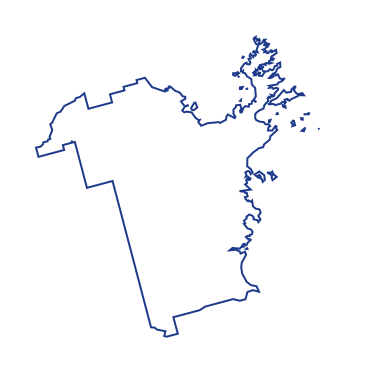 West Arnhem, Northern Territory, Australia (Natural Earth projection), rotated 75°
{"feature_id": "25037944B28082311396997", "entity_name": "West Arnhem", "entity_type": "district", "adm_level": 2, "iso_a3": "AUS", "parent_name": "Australia", "parent_adm1": "Northern Territory", "projection": "natural_earth1", "projection_center": [132.77, -12.357], "detail": "fine", "context": "isolated", "style": "outline", "palette": "blue", "viewbox_px": 384, "rotation_deg": 75, "n_neighbors": 0, "source": "geoboundaries", "source_scale": "gbopen_adm2", "svg_char_len": 5819}
<svg xmlns="http://www.w3.org/2000/svg" viewBox="0 0 384 384"><g transform="rotate(75 192 192)"><path d="M305.7,153.1L299.8,154.0L297.2,159.2L292.8,162.5L283.9,164.6L277.6,164.0L272.9,162.1L266.7,156.0L263.4,156.2L264.0,161.0L261.9,161.2L259.0,164.9L258.1,170.7L256.5,167.3L259.1,160.5L258.0,159.1L258.1,157.1L257.4,157.9L255.6,156.2L255.7,154.6L257.1,155.0L257.6,153.4L254.3,150.0L254.0,148.1L253.1,147.7L251.5,150.4L249.4,151.6L248.8,149.7L249.6,147.8L248.4,147.3L248.4,145.2L246.3,143.8L243.6,144.6L241.5,147.8L236.2,150.1L236.0,148.7L233.3,149.3L231.6,146.0L229.9,145.8L228.6,142.4L230.6,139.8L232.3,139.0L234.2,139.7L236.2,136.0L238.3,135.7L236.3,133.0L232.3,134.1L229.8,131.1L226.3,131.3L224.5,134.9L221.7,136.8L215.9,136.2L216.8,137.4L214.9,139.4L215.5,140.3L212.8,142.0L210.6,142.2L210.7,139.5L207.2,139.3L206.6,140.9L205.5,140.9L203.5,145.9L204.9,134.7L198.4,138.7L197.7,136.5L194.5,136.6L193.7,135.4L193.6,134.4L195.0,134.4L195.1,132.8L194.0,132.0L191.2,134.5L191.3,136.3L189.9,135.1L186.9,135.4L186.2,132.9L186.9,131.3L190.0,130.7L188.9,128.3L185.2,129.2L181.4,132.0L173.8,129.8L169.6,122.6L167.0,115.8L167.1,111.6L164.7,110.1L161.5,103.3L158.4,101.8L154.2,93.6L152.5,94.4L150.4,93.4L149.8,94.3L153.4,98.6L152.3,102.7L149.3,101.4L148.5,99.4L146.4,100.5L145.7,103.4L143.2,104.5L141.5,108.5L139.0,111.4L137.2,111.9L132.9,110.6L130.9,106.9L129.8,101.2L126.8,99.6L123.7,94.6L121.4,94.9L119.9,93.4L121.3,92.2L120.3,91.6L120.6,89.8L118.7,90.5L120.3,87.8L117.9,86.6L115.7,82.6L114.3,82.0L113.2,83.5L113.4,86.8L111.8,87.5L111.4,90.5L110.3,89.3L109.4,90.0L110.1,81.7L108.7,80.3L108.1,76.1L106.1,72.9L106.5,75.3L105.0,77.8L100.5,78.6L101.2,80.8L100.5,82.3L101.8,84.0L102.3,87.0L101.8,88.1L98.5,82.8L98.7,80.7L94.7,77.4L94.1,74.3L89.8,73.4L90.3,76.6L92.0,77.2L91.9,79.5L94.7,81.6L95.1,83.2L93.5,84.9L95.0,87.4L94.6,90.2L92.9,92.7L94.9,90.6L98.2,94.3L97.0,97.2L94.6,95.4L93.8,96.5L95.8,100.1L95.3,101.8L93.2,99.8L93.6,101.6L92.7,102.1L91.2,99.4L91.6,98.4L90.6,98.4L91.4,97.8L90.6,95.9L91.5,92.7L90.2,92.0L89.9,90.2L88.8,95.4L86.9,93.4L87.5,92.0L86.8,90.9L88.3,88.0L86.9,88.0L86.6,86.9L88.1,84.2L88.0,82.0L86.8,84.0L85.7,84.0L84.9,81.9L85.5,80.4L84.1,80.1L84.9,79.0L84.3,78.5L83.3,81.1L81.8,80.3L79.6,74.2L76.4,74.1L77.7,78.7L78.2,78.4L77.2,79.1L76.2,78.2L75.5,78.9L77.6,82.8L76.4,84.4L75.5,83.8L75.5,86.0L74.2,85.2L72.8,86.6L72.7,84.3L70.8,82.5L71.4,81.6L69.1,79.2L68.4,80.3L69.3,81.7L68.8,84.3L67.0,83.1L67.1,81.8L65.4,83.5L63.9,81.6L63.5,83.0L66.2,86.0L66.8,88.2L65.8,89.1L63.0,87.2L61.7,87.5L62.6,89.9L60.6,89.7L60.3,91.6L58.8,90.6L59.2,92.1L60.3,92.9L65.4,91.9L67.1,89.9L71.6,92.9L74.0,92.4L71.9,96.1L72.9,96.8L73.5,95.4L75.8,94.6L76.7,95.5L76.0,97.1L77.4,97.9L73.7,99.8L75.5,101.2L78.2,100.5L78.1,102.9L82.2,102.1L83.6,103.2L82.7,105.8L81.2,105.8L81.5,108.0L85.1,112.6L88.2,113.6L88.8,112.2L88.2,111.3L90.1,111.8L91.0,110.0L94.7,108.8L98.2,105.5L103.6,106.4L107.8,104.1L116.2,105.6L118.5,108.3L122.0,106.7L119.7,108.7L119.6,110.2L122.3,111.7L121.9,114.2L124.3,115.0L122.9,118.1L123.9,120.4L127.8,123.2L127.8,124.5L125.9,124.6L124.4,122.8L120.2,122.8L119.7,127.0L121.3,127.7L123.2,130.7L127.4,131.7L130.8,130.6L131.7,131.6L126.4,137.3L127.7,139.0L131.0,140.5L132.6,147.1L131.4,148.1L129.6,159.1L130.4,166.0L126.1,167.8L124.4,165.9L124.3,167.1L120.9,169.6L115.0,171.7L113.0,176.4L113.0,179.0L110.7,180.3L107.7,176.7L101.6,179.2L100.2,174.3L98.3,173.9L97.1,176.3L92.9,178.0L90.1,181.9L84.6,185.6L84.1,187.1L85.5,187.1L86.1,188.7L85.3,189.5L85.8,191.3L87.2,191.2L86.7,190.1L87.6,189.5L87.9,192.3L80.4,203.4L69.5,207.9L69.5,216.6L72.7,216.6L72.7,230.9L76.4,230.9L76.4,246.0L84.8,246.0L84.8,270.5L68.8,270.5L71.2,275.8L71.3,279.9L73.5,281.5L75.9,293.1L80.3,298.1L81.0,302.3L88.9,309.2L89.9,311.4L95.9,310.9L101.9,315.3L104.0,315.1L104.2,317.4L105.6,318.4L105.6,322.8L107.4,323.6L109.0,326.8L108.8,331.2L118.3,331.2L118.3,304.6L113.3,304.6L113.3,296.3L112.2,295.0L113.3,294.7L113.3,292.2L160.8,292.4L160.8,265.9L312.1,266.6L313.4,263.1L315.9,261.3L319.6,253.7L324.0,256.1L325.2,253.8L325.2,242.4L308.1,242.4L308.1,215.0L306.1,209.0L306.1,180.0L309.4,174.0L309.4,168.1L302.9,164.3L302.6,158.5L305.7,153.1ZM126.8,75.6L128.2,75.5L129.1,74.1L128.3,73.2L126.3,62.9L127.6,58.8L125.1,59.7L124.9,64.3L123.7,65.7L120.0,67.3L117.1,64.9L116.6,65.4L118.6,69.3L120.9,70.4L120.4,75.3L117.3,76.9L123.3,85.8L124.4,91.8L126.8,94.1L127.0,95.9L128.0,90.5L129.6,89.2L129.6,83.9L128.3,81.1L129.3,79.6L130.6,79.6L129.7,78.2L126.9,78.6L126.8,75.6ZM189.6,121.6L191.3,127.1L194.0,125.2L192.8,122.6L194.9,121.7L195.5,123.7L197.6,121.0L200.5,121.1L199.2,118.5L194.5,117.9L189.6,121.6ZM106.3,166.6L110.7,171.1L112.5,170.9L113.4,169.2L111.7,165.0L106.6,165.5L106.3,166.6ZM193.1,109.2L193.9,110.4L192.6,114.3L196.8,110.3L198.2,111.3L201.4,111.1L199.3,106.3L195.9,108.8L193.1,109.2ZM88.6,118.6L88.0,121.6L89.6,122.0L91.0,120.1L89.4,115.9L88.0,117.0L88.6,118.6ZM154.2,75.2L149.7,75.1L149.2,75.9L150.7,78.1L152.8,77.1L154.4,78.0L154.2,75.2ZM159.1,65.9L161.3,70.2L162.3,68.2L159.1,65.9ZM103.3,118.6L104.9,119.1L105.4,117.5L103.7,115.8L103.3,118.6ZM133.1,79.6L131.5,81.9L133.0,82.0L134.8,79.8L133.1,79.6ZM107.6,175.8L107.5,172.8L107.0,174.2L107.6,175.8ZM257.2,168.5L258.3,167.0L258.1,166.0L256.7,167.4L257.2,168.5ZM148.9,67.5L149.7,67.3L150.2,67.6L150.4,67.5L150.8,66.3L149.3,66.0L148.9,67.5ZM142.7,99.0L144.3,99.7L144.7,99.0L142.7,97.5L142.7,99.0ZM74.4,107.6L75.3,108.6L75.7,108.2L74.9,107.1L74.4,107.6ZM146.5,61.2L147.2,59.2L146.3,58.5L146.0,59.1L146.5,61.2ZM145.8,64.0L146.7,61.8L145.9,63.1L145.8,64.0ZM106.3,111.1L106.5,113.6L106.6,112.0L106.3,111.1ZM260.7,153.2L261.0,154.2L261.4,153.2L260.7,153.2ZM138.7,90.1L138.9,89.0L137.8,89.0L137.9,89.5L138.7,90.1ZM115.8,120.9L116.4,122.0L116.8,121.3L115.8,120.9ZM164.5,52.8L163.1,53.3L164.0,53.1L164.5,52.8ZM92.5,117.3L93.1,117.9L92.8,117.1L92.5,117.3Z" fill="none" stroke="#1e3a8a" stroke-width="2"/></g></svg>